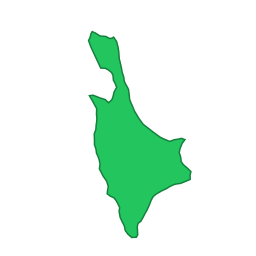 the district of Vasileia, Cyprus, rotated 65°
{"feature_id": "46923920B45317993304691", "entity_name": "Vasileia", "entity_type": "district", "adm_level": 2, "iso_a3": "CYP", "parent_name": "Cyprus", "parent_adm1": "", "projection": "natural_earth1", "projection_center": [33.095, 35.347], "detail": "fine", "context": "isolated", "style": "filled", "palette": "green", "viewbox_px": 256, "rotation_deg": 65, "n_neighbors": 0, "source": "geoboundaries", "source_scale": "gbopen_adm2", "svg_char_len": 1684}
<svg xmlns="http://www.w3.org/2000/svg" viewBox="0 0 256 256"><g transform="rotate(65 128 128)"><path d="M32.1,126.8L39.2,127.4L42.6,127.4L47.4,127.4L51.7,127.4L57.7,127.4L62.2,127.4L64.2,123.4L67.3,121.1L71.0,119.4L74.1,119.4L78.7,121.1L81.5,120.8L86.4,121.1L89.5,125.4L93.2,128.3L95.5,130.6L96.9,134.9L92.6,136.6L88.6,141.0L86.4,143.0L83.5,145.9L82.4,149.3L89.5,148.7L97.2,148.2L102.3,150.8L106.3,152.2L108.8,153.6L112.0,155.7L115.7,157.7L119.1,161.1L125.9,164.0L128.7,165.4L133.8,166.0L137.5,167.2L141.2,167.2L144.4,167.5L148.9,168.6L152.9,171.2L161.1,170.9L167.1,169.8L172.8,170.6L175.6,172.7L178.8,174.7L182.2,172.9L185.3,170.3L188.2,169.5L191.9,169.2L196.7,169.2L199.5,171.2L205.8,172.9L210.6,172.9L215.2,172.7L219.7,173.8L224.3,172.9L228.8,170.9L230.5,166.6L228.8,164.3L225.4,162.9L221.4,161.4L218.6,159.1L218.0,155.9L215.2,151.9L212.9,149.0L210.3,145.3L206.6,141.0L203.2,137.5L200.9,134.3L199.8,130.6L199.2,124.2L199.2,118.8L198.7,114.7L198.7,109.8L199.5,106.7L200.4,103.8L200.7,98.6L200.9,93.4L197.0,91.7L194.1,89.4L189.6,91.1L184.5,93.4L180.8,94.0L177.9,92.9L175.1,92.3L171.9,92.0L168.5,89.4L164.8,85.4L162.6,81.3L160.0,83.9L159.2,87.7L158.3,90.5L157.7,96.0L152.6,100.6L150.1,102.6L147.5,104.1L142.7,106.7L133.8,111.3L131.0,112.7L126.5,113.6L123.0,114.2L115.1,115.0L109.7,114.7L106.8,114.7L103.1,114.5L96.9,112.4L93.5,111.3L90.6,111.3L87.2,111.6L83.8,111.6L80.4,110.4L74.4,109.6L71.3,108.7L68.5,108.1L64.8,107.3L61.6,106.7L55.7,104.4L50.8,102.9L48.0,102.4L45.1,101.8L39.6,102.6L39.8,105.0L38.8,107.2L35.8,109.2L34.7,111.1L33.8,112.7L32.8,114.4L31.2,115.5L28.3,117.3L25.5,119.7L26.9,121.7L29.8,124.0L32.1,126.8Z" fill="#22c55e" stroke="#15803d" stroke-width="1.5"/></g></svg>